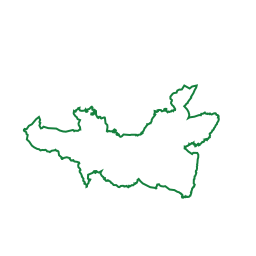 outline of Tonkolili, Northern, Sierra Leone, rotated 31°
{"feature_id": "65957751B39959109464342", "entity_name": "Tonkolili", "entity_type": "district", "adm_level": 2, "iso_a3": "SLE", "parent_name": "Sierra Leone", "parent_adm1": "Northern", "projection": "mercator", "projection_center": [-11.945, 8.764], "detail": "fine", "context": "isolated", "style": "outline", "palette": "green", "viewbox_px": 256, "rotation_deg": 31, "n_neighbors": 0, "source": "geoboundaries", "source_scale": "gbopen_adm2", "svg_char_len": 5928}
<svg xmlns="http://www.w3.org/2000/svg" viewBox="0 0 256 256"><g transform="rotate(31 128 128)"><path d="M39.9,182.0L39.7,183.0L40.1,183.8L41.0,184.1L41.8,183.7L43.0,184.1L44.2,185.5L45.6,185.6L47.2,189.9L50.3,190.5L54.7,192.6L57.5,192.9L60.9,192.7L62.7,192.0L64.5,192.3L65.9,190.9L67.6,190.1L68.3,189.3L69.6,189.2L70.7,189.7L72.5,188.9L73.4,188.9L74.3,186.8L76.8,184.7L77.1,184.0L78.4,184.4L79.5,183.8L80.6,184.1L83.0,186.9L86.4,187.4L86.6,188.2L87.2,188.2L87.4,188.5L87.6,188.4L87.6,187.5L88.2,187.3L88.5,186.6L90.6,184.6L93.7,183.8L94.0,184.5L96.0,185.2L97.4,184.0L97.5,184.3L97.9,184.0L99.3,184.3L101.9,183.2L103.8,182.8L104.5,183.4L104.1,184.6L104.7,185.9L105.7,187.1L107.9,187.7L108.9,188.5L108.6,189.5L109.2,190.5L111.6,191.6L113.6,193.2L113.6,193.5L115.9,194.4L116.8,196.3L118.4,196.5L119.5,197.4L119.1,197.9L119.3,198.2L121.7,198.0L122.7,199.8L123.0,199.3L122.1,197.6L122.5,195.5L121.6,193.3L121.6,193.0L122.3,192.7L122.2,191.6L121.4,191.8L120.9,192.3L119.7,192.0L117.9,188.6L120.8,184.7L121.2,182.4L122.3,181.7L122.1,182.9L122.4,183.3L123.2,183.3L123.7,181.6L125.9,181.2L127.4,178.7L127.5,180.8L127.8,181.1L130.1,182.5L131.8,182.7L132.4,183.2L132.8,183.0L133.6,183.5L133.8,183.3L133.9,183.8L134.4,183.5L134.8,184.2L135.5,184.1L136.2,184.6L137.1,184.2L137.4,183.6L137.6,183.8L138.4,183.0L139.1,183.2L140.6,183.0L141.7,183.7L143.1,183.6L145.0,184.3L147.4,183.0L150.2,183.5L151.1,183.1L151.7,181.4L153.5,180.1L154.5,179.8L155.0,180.1L156.4,178.6L156.6,178.9L157.5,178.4L158.4,178.6L158.5,177.7L159.0,178.0L159.1,177.7L159.0,176.9L159.4,176.8L159.4,177.2L159.7,177.1L160.8,174.9L161.8,174.6L162.4,172.9L162.1,172.3L162.9,172.2L163.3,171.3L163.1,171.0L163.7,170.5L163.5,168.5L162.9,167.6L163.4,166.2L166.0,167.2L169.2,167.9L177.5,167.3L181.8,165.5L183.1,165.4L183.2,165.1L182.4,164.9L182.7,163.4L182.2,161.4L183.5,160.3L184.3,160.8L186.3,160.8L188.5,159.9L189.9,158.7L195.3,159.3L199.8,157.3L203.0,157.3L205.0,156.8L206.3,157.0L206.7,156.8L207.4,157.2L207.8,157.0L209.3,157.5L209.7,158.3L209.4,158.8L210.0,159.5L210.4,159.7L211.4,159.1L211.6,158.2L212.3,157.9L212.3,157.1L213.1,157.4L213.6,156.5L214.2,156.7L215.3,155.9L215.9,155.2L215.9,154.1L216.3,153.8L215.7,151.1L215.4,150.4L215.1,150.5L214.6,147.7L214.2,147.0L214.4,144.6L214.7,144.7L214.8,144.2L214.4,142.2L212.9,141.7L210.9,138.1L211.2,137.4L210.0,135.2L210.3,134.4L209.8,131.7L209.5,131.0L208.8,130.8L208.3,129.7L208.5,128.7L207.9,126.9L206.9,125.6L206.6,124.2L205.9,123.6L205.7,122.6L203.9,119.0L203.3,116.9L202.0,114.7L200.2,113.7L197.0,115.5L196.6,116.0L196.4,117.3L191.9,117.1L188.7,116.3L187.1,116.4L186.3,114.9L187.3,114.9L187.3,113.7L188.5,112.4L188.7,110.9L189.1,110.8L188.8,110.2L189.5,110.3L190.2,109.1L190.3,108.2L191.1,107.9L191.5,107.0L191.8,107.8L193.0,106.9L193.1,106.5L193.2,107.0L192.7,107.5L193.2,108.2L194.2,107.8L194.3,108.3L194.9,108.5L195.1,109.0L195.4,108.8L196.1,105.5L196.4,105.2L196.8,105.4L196.9,106.0L197.5,106.5L198.1,105.7L197.7,105.3L198.6,103.6L198.9,101.6L199.6,101.4L200.1,100.5L199.9,100.1L200.3,98.0L199.9,98.0L200.6,97.3L200.9,97.7L201.9,97.7L201.8,96.4L202.3,96.0L202.2,95.0L202.9,93.9L202.3,93.4L202.4,92.4L201.0,91.0L201.2,89.8L201.7,89.2L201.8,87.2L201.5,86.7L202.1,85.8L202.1,84.4L201.8,84.1L202.1,82.3L201.8,80.6L202.2,78.8L201.8,78.2L201.8,75.2L201.2,73.5L200.7,73.3L199.9,71.8L199.5,72.2L199.1,71.0L198.2,70.7L197.1,71.2L195.9,70.4L195.4,70.7L195.0,70.5L193.9,71.5L192.8,73.3L191.6,73.5L191.0,74.0L190.6,73.5L189.3,74.7L188.6,74.8L188.6,75.2L186.8,75.7L185.9,75.2L184.9,77.2L183.5,78.1L183.9,79.5L182.3,80.3L179.1,84.1L175.4,87.1L174.6,88.5L174.4,86.7L173.7,85.1L171.5,83.0L169.0,81.6L165.0,80.4L165.6,78.2L165.5,77.5L166.3,75.7L166.0,75.3L166.1,72.9L166.6,69.5L166.0,69.1L166.1,64.6L165.6,60.9L165.6,58.2L165.0,56.2L161.6,59.4L160.5,62.4L154.4,62.6L154.3,67.2L153.1,68.2L152.2,68.6L151.0,70.5L151.4,72.7L149.3,74.5L148.7,75.6L148.2,79.3L149.3,81.1L151.2,81.4L151.7,82.2L151.6,83.4L152.1,84.6L154.2,85.7L155.7,85.9L158.7,87.5L159.0,88.2L158.2,88.4L158.1,90.2L157.3,90.0L156.6,90.4L156.5,91.5L156.0,91.7L155.4,92.8L154.1,93.1L153.9,94.1L152.1,93.7L151.0,91.9L150.6,92.1L151.2,93.2L151.0,93.6L150.5,93.0L149.5,93.0L149.4,93.3L150.0,94.3L148.7,96.0L148.3,96.3L147.0,95.7L145.2,96.6L144.3,97.5L145.1,98.2L144.4,99.5L143.3,99.3L142.1,99.7L143.1,101.1L143.2,101.9L144.3,102.3L143.8,103.1L144.5,103.4L144.0,106.9L144.1,108.8L144.7,109.9L144.9,112.3L144.3,112.5L143.8,113.9L142.5,114.9L143.0,115.5L142.6,117.3L142.7,118.6L142.3,119.4L142.8,122.4L142.5,123.6L143.2,124.8L142.7,125.9L142.0,125.6L142.1,127.2L140.9,128.0L140.1,129.5L139.1,129.3L138.6,130.2L137.9,129.9L134.3,132.1L133.3,133.0L127.5,135.9L127.0,138.2L126.3,139.3L125.5,139.5L124.4,139.0L123.5,139.1L123.5,138.3L123.2,138.2L122.3,139.5L121.8,139.6L121.4,139.3L121.5,138.0L121.0,137.8L119.8,137.9L118.9,138.6L118.5,137.4L118.9,136.4L118.4,136.1L117.1,136.2L116.7,137.8L117.3,138.9L117.1,139.3L116.0,139.0L114.3,140.1L113.1,140.3L112.4,141.6L112.0,141.7L111.5,141.6L110.0,137.9L108.7,136.1L106.3,135.5L103.0,131.2L102.6,131.0L101.9,131.4L100.2,133.6L99.3,133.6L98.7,132.8L98.2,132.8L97.3,133.5L97.3,134.7L96.5,134.7L93.8,133.1L92.1,130.4L91.5,131.4L91.7,133.1L91.3,134.3L90.6,135.0L89.5,135.3L89.1,134.3L90.3,133.6L90.4,131.2L91.1,130.3L90.1,129.6L89.5,129.7L88.2,130.7L87.5,130.1L87.0,128.7L86.0,128.4L85.5,129.3L85.1,131.5L83.3,133.5L84.7,134.5L84.4,135.4L83.6,135.7L82.0,134.1L81.9,135.3L81.6,135.6L79.6,137.1L78.0,137.7L76.5,137.0L76.0,135.7L75.1,136.7L75.3,137.7L74.3,139.4L74.7,140.8L74.5,141.1L72.9,141.1L73.8,143.3L74.4,143.9L77.0,145.0L78.5,145.1L80.2,146.3L82.8,145.9L83.2,149.5L84.2,150.8L86.4,152.0L87.9,153.9L87.3,154.3L86.6,156.2L83.9,157.6L83.5,158.4L82.5,158.0L81.8,158.1L76.6,163.2L74.1,164.4L70.7,165.3L66.9,165.4L59.7,169.2L54.9,170.4L54.4,172.3L53.5,173.2L50.8,171.5L50.2,168.8L49.4,168.8L48.9,168.3L48.6,166.4L46.0,164.4L44.7,167.8L43.7,174.3L41.9,177.2L41.7,181.0L41.2,181.6L39.9,182.0Z" fill="none" stroke="#15803d" stroke-width="2"/></g></svg>